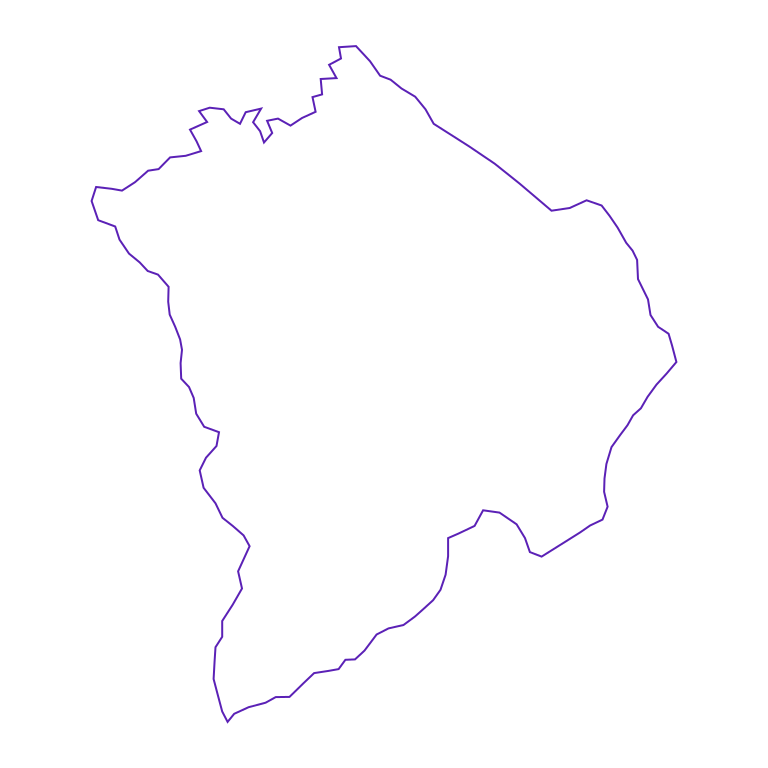 Elias Fausto, São Paulo, Brazil
{"feature_id": "56859067B16325589227677", "entity_name": "Elias Fausto", "entity_type": "district", "adm_level": 2, "iso_a3": "BRA", "parent_name": "Brazil", "parent_adm1": "São Paulo", "projection": "robinson", "projection_center": [-47.38, -23.077], "detail": "fine", "context": "isolated", "style": "outline", "palette": "violet", "viewbox_px": 768, "rotation_deg": 0, "n_neighbors": 0, "source": "geoboundaries", "source_scale": "gbopen_adm2", "svg_char_len": 1899}
<svg xmlns="http://www.w3.org/2000/svg" viewBox="0 0 768 768"><path d="M199.7,470.4L203.6,487.8L215.5,503.3L222.5,517.8L232.7,525.9L243.6,535.4L249.6,546.2L238.1,571.3L242.0,588.5L232.7,604.7L222.2,621.0L222.2,636.8L215.5,647.2L214.6,661.0L213.6,679.0L217.7,694.6L222.2,711.5L227.6,721.9L234.2,713.8L248.6,707.2L265.6,702.7L275.7,697.1L289.5,696.9L303.6,683.1L314.1,673.1L328.5,670.9L338.6,669.1L345.4,659.8L355.0,659.4L364.5,650.6L376.6,634.5L388.5,628.4L403.5,625.0L415.0,616.5L422.2,610.1L433.1,600.2L440.5,589.8L445.6,574.7L448.1,556.2L448.1,538.1L458.4,533.6L474.6,525.9L483.1,510.3L499.5,512.6L516.6,524.3L525.0,538.1L529.9,552.1L541.6,556.6L580.0,532.5L590.1,525.5L602.5,519.6L607.6,506.7L604.1,491.8L604.5,478.5L606.4,464.0L611.5,447.1L620.1,435.1L627.5,425.2L633.1,415.3L640.9,408.3L647.6,396.8L656.5,384.6L666.5,373.7L676.4,362.0L672.1,345.7L668.6,333.8L658.1,326.8L650.5,315.0L648.0,299.4L638.0,279.1L637.1,259.9L632.6,250.7L626.2,242.8L617.6,227.6L609.6,215.9L601.6,205.5L586.6,200.3L569.7,208.0L551.5,210.7L519.6,183.6L494.7,163.7L469.0,146.3L433.7,123.8L425.5,109.3L415.2,96.7L401.5,88.5L390.6,79.7L380.1,75.7L370.0,61.2L356.0,46.1L339.0,47.2L341.0,58.5L329.1,64.8L336.5,78.1L320.7,79.0L322.1,94.4L312.5,97.1L315.6,111.8L302.2,117.9L290.5,125.6L278.0,118.6L267.1,120.8L272.2,133.0L264.0,142.5L260.1,131.2L253.1,122.2L261.1,108.6L245.7,112.2L240.0,123.8L231.1,118.6L223.7,109.3L209.7,107.7L199.1,111.1L207.1,122.0L190.0,129.6L196.6,141.4L201.1,151.1L185.7,155.8L170.1,157.4L158.6,169.1L148.1,170.7L135.0,182.2L122.0,190.6L111.7,188.8L96.1,187.0L91.6,201.0L98.2,220.2L115.2,226.5L119.5,239.6L129.0,253.6L139.7,262.4L147.7,271.0L158.0,274.6L168.6,286.8L168.2,301.7L169.7,314.6L175.2,326.8L180.1,339.4L182.0,349.8L180.6,363.1L181.2,378.7L189.0,387.0L193.7,397.9L196.2,413.7L204.2,426.8L219.0,432.2L216.5,446.0L206.0,457.7L199.7,470.4Z" fill="none" stroke="#5b21b6" stroke-width="2"/></svg>